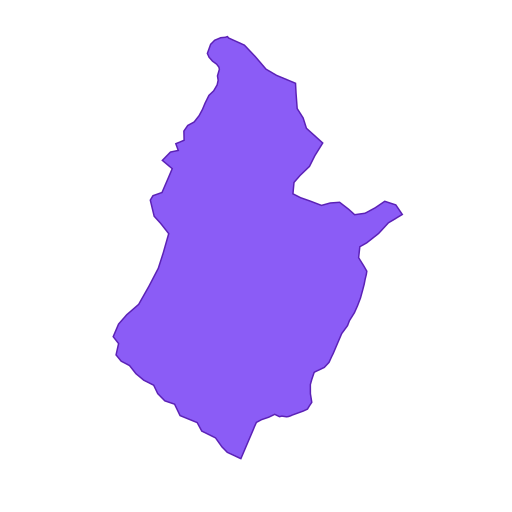 outline of Ormideia, Cyprus, rotated 111°
{"feature_id": "46923920B71817476426158", "entity_name": "Ormideia", "entity_type": "district", "adm_level": 2, "iso_a3": "CYP", "parent_name": "Cyprus", "parent_adm1": "", "projection": "equal_earth", "projection_center": [33.784, 34.997], "detail": "fine", "context": "isolated", "style": "filled", "palette": "violet", "viewbox_px": 512, "rotation_deg": 111, "n_neighbors": 0, "source": "geoboundaries", "source_scale": "gbopen_adm2", "svg_char_len": 1868}
<svg xmlns="http://www.w3.org/2000/svg" viewBox="0 0 512 512"><g transform="rotate(111 256 256)"><path d="M324.0,149.4L321.3,149.2L319.5,149.0L308.3,148.6L297.7,148.2L288.2,145.6L285.1,145.6L282.8,145.6L273.7,143.8L266.2,143.4L257.9,143.4L249.8,144.2L243.5,144.9L238.5,145.8L233.7,146.4L230.5,147.1L227.0,151.4L220.8,159.6L210.1,162.4L204.1,157.4L191.0,149.6L177.6,144.3L164.8,134.3L158.2,143.8L158.8,155.4L168.3,162.0L177.0,169.5L182.1,178.7L179.1,186.5L175.9,197.2L179.9,205.7L185.3,213.0L185.3,225.0L185.6,235.3L184.7,243.8L173.7,246.9L164.9,243.7L153.2,238.2L141.1,237.0L126.6,234.2L121.1,248.5L118.7,254.7L110.2,261.5L103.6,270.4L89.6,277.0L80.6,281.0L80.0,301.6L78.0,313.6L70.3,327.8L63.3,342.4L62.3,359.7L62.2,359.9L61.4,361.3L62.8,363.0L64.8,367.1L69.4,371.9L74.6,374.2L84.3,374.0L87.3,371.0L89.7,366.4L91.0,361.5L93.0,358.3L94.8,357.1L101.7,356.5L105.5,354.3L110.2,353.6L117.0,354.7L122.9,357.5L131.4,358.3L138.3,358.5L145.4,359.4L153.1,361.8L158.6,366.5L165.2,368.1L173.7,364.6L179.9,371.1L185.3,366.4L189.6,373.1L200.3,377.7L204.5,365.5L213.4,365.8L230.4,366.5L236.6,373.8L241.7,374.7L243.6,373.4L255.4,365.3L259.6,356.9L266.4,345.5L286.4,343.7L302.4,342.8L322.6,345.1L343.2,348.2L357.1,355.6L368.8,359.9L382.5,360.4L387.0,352.9L398.5,351.2L402.5,344.2L403.6,334.8L408.9,325.9L412.2,316.2L413.3,305.2L419.7,298.4L423.9,289.2L423.5,278.9L432.2,269.7L432.6,251.2L438.9,243.9L440.3,228.6L446.4,219.4L449.6,212.4L450.6,198.2L450.6,197.5L431.5,196.8L431.3,196.8L426.3,196.6L418.2,196.3L416.2,196.3L411.2,196.0L406.8,192.2L401.9,186.3L397.1,181.8L397.5,177.3L397.6,176.5L396.2,174.5L395.2,169.9L394.4,168.4L392.8,166.4L391.7,165.4L385.1,157.8L384.0,156.5L380.5,153.1L376.6,152.4L372.6,151.5L365.2,155.8L361.9,157.1L356.5,159.2L351.1,159.7L343.9,160.0L343.1,159.5L335.5,152.3L329.1,149.7L324.0,149.4Z" fill="#8b5cf6" stroke="#5b21b6" stroke-width="1.5"/></g></svg>